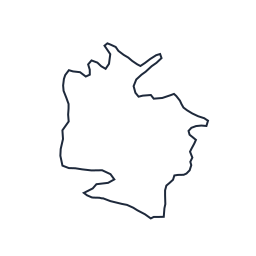 the district of Acheritou, Cyprus, rotated 127°
{"feature_id": "46923920B61147384181121", "entity_name": "Acheritou", "entity_type": "district", "adm_level": 2, "iso_a3": "CYP", "parent_name": "Cyprus", "parent_adm1": "", "projection": "albers", "projection_center": [33.854, 35.105], "detail": "fine", "context": "isolated", "style": "outline", "palette": "slate", "viewbox_px": 256, "rotation_deg": 127, "n_neighbors": 0, "source": "geoboundaries", "source_scale": "gbopen_adm2", "svg_char_len": 1520}
<svg xmlns="http://www.w3.org/2000/svg" viewBox="0 0 256 256"><g transform="rotate(127 128 128)"><path d="M112.9,58.8L109.6,64.2L106.6,64.8L100.6,65.7L96.6,66.6L96.3,74.8L93.9,77.9L89.7,77.5L85.5,74.8L81.9,70.9L79.2,66.6L74.0,68.5L74.2,70.8L74.3,73.0L76.4,79.1L77.7,85.4L78.3,91.5L78.3,96.0L76.7,99.7L74.9,103.0L73.4,108.7L73.1,111.8L76.4,113.9L83.4,118.7L89.1,125.1L87.9,129.6L93.3,135.7L96.6,138.4L95.4,143.3L91.2,148.7L84.3,150.6L77.3,149.3L72.5,147.8L64.4,146.3L58.9,144.5L52.0,143.3L49.6,146.9L52.9,149.3L59.5,151.8L65.9,153.6L71.0,155.4L71.6,159.0L71.9,165.1L71.6,170.2L72.2,175.4L72.2,182.1L70.7,186.6L71.9,192.1L72.8,195.4L76.4,196.3L79.7,186.6L88.2,181.8L94.2,181.5L94.8,186.6L94.2,191.8L96.0,197.8L101.2,198.1L104.5,193.6L108.4,190.6L112.3,192.7L112.3,199.9L115.9,206.0L117.4,210.0L123.5,210.0L127.4,208.7L133.1,205.4L137.1,201.8L141.0,195.4L144.6,189.9L148.2,187.2L153.3,183.9L158.5,179.3L169.3,179.0L175.9,173.3L185.3,169.1L190.9,165.3L197.5,157.7L195.6,151.1L191.9,145.9L188.6,139.7L183.9,131.7L177.3,123.2L175.4,114.2L177.3,108.0L183.8,110.9L191.9,119.4L197.5,119.8L206.4,124.2L206.4,120.2L205.2,115.1L204.3,113.6L201.0,109.0L199.8,106.3L199.2,105.7L197.0,98.1L192.3,87.2L190.0,82.5L188.5,75.8L188.1,71.1L186.7,62.6L186.5,55.4L183.5,53.9L180.8,50.3L177.4,46.0L173.5,48.5L170.2,50.6L166.3,52.4L163.3,54.8L159.4,57.9L155.4,60.9L150.9,62.7L147.0,61.8L142.2,60.9L138.0,62.4L135.5,60.0L131.9,55.4L129.2,53.9L124.7,53.3L119.6,55.1L117.5,57.9L112.9,58.8Z" fill="none" stroke="#1e293b" stroke-width="2"/></g></svg>